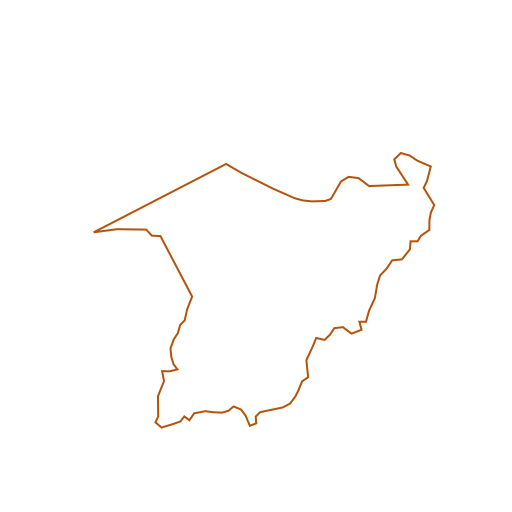 outline of Almino Afonso, Rio Grande do Norte, Brazil, rotated 226°
{"feature_id": "56859067B53206467029095", "entity_name": "Almino Afonso", "entity_type": "district", "adm_level": 2, "iso_a3": "BRA", "parent_name": "Brazil", "parent_adm1": "Rio Grande do Norte", "projection": "mercator", "projection_center": [-37.775, -6.157], "detail": "fine", "context": "isolated", "style": "outline", "palette": "amber", "viewbox_px": 512, "rotation_deg": 226, "n_neighbors": 0, "source": "geoboundaries", "source_scale": "gbopen_adm2", "svg_char_len": 1262}
<svg xmlns="http://www.w3.org/2000/svg" viewBox="0 0 512 512"><g transform="rotate(226 256 256)"><path d="M385.8,155.7L371.8,174.7L351.2,195.4L343.0,195.2L336.7,201.1L271.2,181.9L265.4,169.3L259.2,160.0L259.1,153.6L254.8,146.2L253.2,139.0L249.0,130.4L242.3,125.0L235.4,121.5L229.0,120.7L233.1,113.7L238.4,108.5L229.9,102.9L223.2,88.0L208.5,74.2L206.2,68.1L198.2,68.9L192.5,80.1L189.5,86.7L190.4,93.0L184.1,94.0L185.8,102.3L179.5,111.8L173.2,116.8L166.7,123.0L163.8,128.9L163.4,135.3L156.0,138.6L148.3,137.6L138.1,133.6L135.5,139.9L140.7,144.3L140.8,150.5L128.5,170.0L126.2,177.9L127.6,186.8L129.9,193.2L133.8,202.1L132.6,209.3L146.1,219.9L151.6,234.2L155.2,242.3L148.0,247.1L148.0,254.7L149.7,262.2L144.4,269.1L133.8,270.8L129.6,280.7L136.9,284.7L132.3,289.4L138.1,299.3L143.1,312.2L151.3,323.4L155.8,331.7L156.2,341.3L158.3,350.9L152.2,358.6L153.9,371.4L159.2,377.4L154.3,382.4L156.0,388.6L154.3,398.8L161.2,405.5L165.8,412.0L168.8,419.6L188.5,423.9L191.1,431.0L199.0,443.9L212.7,438.2L221.7,436.3L229.5,431.6L229.5,422.6L222.9,419.0L201.7,415.0L227.8,385.9L240.8,383.9L248.6,377.6L250.6,369.0L245.0,349.5L247.5,344.0L256.5,334.1L263.7,328.1L271.0,323.8L292.4,315.1L325.8,303.3L343.0,298.4L385.8,155.7Z" fill="none" stroke="#b45309" stroke-width="2"/></g></svg>